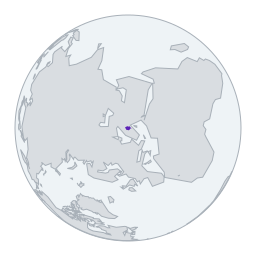 the Earth from above Kayseri, rotated 225°
{"feature_id": "TUR-2287", "entity_name": "Kayseri", "entity_type": "Province", "adm_level": 1, "iso_a3": "TUR", "parent_name": "Turkey", "parent_adm1": "", "projection": "orthographic", "projection_center": [35.883, 38.542], "detail": "fine", "context": "on_globe", "style": "filled", "palette": "violet", "viewbox_px": 256, "rotation_deg": 225, "n_neighbors": 0, "source": "natural_earth", "source_scale": "10m", "svg_char_len": 10605}
<svg xmlns="http://www.w3.org/2000/svg" viewBox="0 0 256 256"><g transform="rotate(225 128 128)"><circle cx="128" cy="128" r="113" fill="#eef3f6" stroke="#a8b0b8"/><path d="M103.2,18.1L105.2,17.7L107.6,17.2L117.6,16.7L130.9,16.9L135.6,16.7L134.1,17.2L143.6,16.9L151.1,18.1L142.2,17.1L141.0,17.2L146.0,18.0L145.8,18.4L148.1,19.1L147.4,19.6L142.3,19.3L141.8,19.7L145.3,20.2L146.9,21.3L141.8,20.4L144.0,22.2L135.8,22.6L122.6,20.8L117.6,22.4L103.0,24.6L103.9,25.3L99.0,26.9L98.2,28.3L95.7,28.6L97.2,29.6L99.7,29.1L101.1,29.4L100.9,30.3L97.7,30.7L97.3,30.3L96.3,30.9L94.7,30.7L95.4,31.3L91.5,31.9L94.9,32.7L91.5,34.3L89.1,34.3L89.9,32.5L86.1,29.0L83.9,29.0L79.9,30.5L71.2,36.8L68.5,37.7L64.5,40.2L65.7,40.4L69.3,38.5L70.6,39.7L74.9,37.6L76.0,37.9L80.2,36.7L78.9,38.9L75.5,41.8L71.9,43.0L70.3,44.5L73.2,45.1L66.1,49.5L60.7,56.2L58.9,57.3L56.3,55.6L57.6,50.7L54.3,49.7L55.8,52.6L51.4,55.6L50.4,57.2L50.2,58.5L51.7,58.2L50.0,59.9L47.9,57.4L49.4,55.8L50.0,56.6L50.6,54.4L49.1,53.2L47.0,55.1L47.1,52.2L45.6,53.6L44.7,53.9L47.1,51.8L42.8,55.7L42.5,54.7L40.7,56.8L46.2,50.6L52.1,44.7L58.5,39.4L65.2,34.5L72.3,30.1L79.7,26.2L87.3,23.0L95.2,20.2L103.2,18.1ZM18.6,101.3L18.3,102.3L18.2,102.7L18.6,101.3ZM17.9,104.3L16.1,115.1L15.8,125.0L15.7,130.4L15.6,131.8L15.9,135.1L15.9,136.7L18.9,149.5L21.9,159.0L22.8,164.3L22.2,166.1L23.8,170.9L20.9,162.9L18.6,154.7L16.9,146.4L15.8,138.0L15.4,129.6L15.6,121.1L16.4,112.6L17.9,104.3ZM107.6,17.2L108.7,17.0L105.3,17.7L104.5,17.8L107.6,17.2ZM115.5,16.2L113.9,16.4L112.5,16.5L113.9,16.3L115.5,16.2ZM139.1,16.6L136.4,16.4L139.1,16.5L139.1,16.6ZM148.5,19.1L149.3,19.1L150.2,19.5L148.5,19.1ZM80.6,35.6L80.4,36.2L79.7,36.1L80.6,35.6ZM82.6,34.7L82.0,34.2L82.8,33.7L83.2,34.0L82.6,34.7ZM150.0,20.7L151.1,21.5L149.0,20.6L150.0,20.7ZM83.2,35.4L84.4,32.9L86.0,32.0L88.6,32.5L83.2,35.4ZM151.1,21.9L153.9,24.0L155.9,24.1L151.7,25.4L150.8,23.0L147.9,21.8L150.3,22.2L151.1,21.9ZM100.5,28.5L97.9,29.1L100.3,27.9L100.5,28.5ZM101.7,27.7L106.9,23.9L110.6,23.8L108.1,25.0L113.1,24.3L112.4,26.0L109.4,26.8L107.2,26.5L108.6,27.4L101.7,27.7ZM148.9,25.8L148.8,26.4L147.9,25.8L148.9,25.8ZM101.9,29.4L102.6,28.6L105.9,28.3L105.1,30.0L104.3,29.5L101.9,29.4ZM114.8,23.3L117.1,23.5L117.1,24.9L118.0,25.2L112.7,26.0L114.8,23.3ZM103.4,30.0L104.5,30.8L102.8,31.8L101.4,30.2L103.4,30.0ZM107.1,27.6L108.6,27.6L107.5,28.1L107.1,27.6ZM97.2,36.0L98.0,34.9L99.7,34.6L97.2,36.0ZM105.1,31.1L105.7,30.7L106.5,30.6L106.8,31.3L105.1,31.1ZM113.0,27.0L112.6,27.6L115.2,26.8L115.3,27.9L111.8,28.3L113.4,28.6L113.4,29.0L110.5,28.9L113.0,27.0ZM109.6,31.5L105.1,32.6L103.2,34.8L101.6,35.0L104.9,31.6L109.6,31.5ZM110.4,30.0L109.5,31.0L107.9,30.7L107.5,29.9L110.4,30.0ZM116.7,28.7L117.4,26.8L118.2,26.8L116.7,28.7ZM109.4,32.2L110.4,31.9L109.4,32.4L109.4,32.2ZM114.8,29.8L115.0,29.1L115.8,29.1L114.8,29.8ZM112.5,32.1L111.0,32.4L110.7,31.8L112.5,32.1ZM113.8,31.0L114.9,31.3L111.5,31.4L113.7,30.7L113.8,31.0ZM115.6,29.9L116.1,29.7L115.4,30.2L115.6,29.9ZM114.6,34.3L110.3,34.6L109.6,33.2L113.8,33.1L114.6,34.3ZM45.4,164.5L40.4,146.0L43.6,141.7L44.7,134.5L67.1,119.0L71.2,122.4L88.2,124.5L90.2,126.1L87.6,131.6L99.9,141.6L104.6,137.3L116.3,142.6L124.4,142.8L128.4,131.7L115.0,131.1L113.3,125.4L124.5,121.1L136.3,121.9L136.0,119.7L129.1,114.8L132.3,110.8L126.7,112.8L128.6,115.1L125.2,116.5L123.3,114.6L124.5,113.2L121.1,112.1L116.2,119.5L117.5,122.7L108.3,123.2L109.7,128.6L107.0,130.7L103.6,122.4L104.3,119.6L97.6,110.1L96.0,113.0L102.3,122.3L100.1,121.4L98.0,125.8L97.8,121.6L91.5,111.1L83.5,110.9L72.3,119.7L67.9,119.0L64.5,115.0L69.5,104.0L79.0,106.9L80.8,103.5L79.7,97.1L82.7,98.7L83.4,96.5L87.1,97.4L93.0,93.6L96.8,94.1L99.9,87.9L102.3,87.4L99.8,91.1L100.1,94.1L109.7,95.5L111.8,94.4L113.0,90.4L115.5,91.5L115.5,87.4L121.4,86.5L114.2,84.4L115.4,80.0L119.4,77.1L118.5,75.4L112.0,80.2L110.6,82.6L111.5,85.1L106.5,91.7L103.0,92.3L103.3,84.3L98.5,84.4L100.8,78.5L116.8,68.5L123.1,67.0L131.9,73.4L130.0,76.0L125.9,74.9L129.0,79.8L129.1,77.6L131.1,78.6L132.9,75.1L134.4,75.7L133.4,71.4L135.5,71.8L136.1,74.4L140.4,69.9L145.0,69.9L145.2,68.6L144.2,67.3L150.7,68.3L150.5,67.4L148.4,66.6L146.8,64.3L146.4,60.7L148.7,61.2L149.1,62.6L153.4,66.5L154.2,70.3L155.1,70.2L154.9,67.0L149.7,62.3L148.8,60.0L151.6,61.9L150.5,61.0L150.8,60.0L153.2,59.7L150.3,57.5L150.3,47.4L155.0,46.1L157.4,48.7L159.9,43.1L164.9,42.6L162.9,41.9L162.7,39.1L161.1,39.2L160.1,38.6L158.9,32.2L160.4,31.4L157.6,28.3L156.6,28.0L155.3,28.4L151.7,25.4L155.9,24.1L158.0,24.8L159.3,23.8L163.9,25.8L168.3,27.1L172.8,30.3L175.9,31.3L176.0,30.8L180.3,32.1L188.8,36.8L181.4,35.1L168.6,29.6L173.8,31.9L172.5,32.1L174.2,33.4L177.9,35.1L178.4,34.8L183.6,42.3L192.2,49.6L191.9,46.6L194.5,46.9L204.0,53.9L214.6,70.1L218.0,71.7L220.0,74.1L220.9,77.6L218.1,74.2L216.6,74.8L214.8,72.4L215.4,77.3L212.8,74.2L214.5,79.7L216.8,81.2L217.2,77.8L219.7,84.3L223.6,85.9L227.0,90.9L230.3,105.1L229.3,112.9L229.8,114.9L227.9,114.9L227.6,120.8L233.0,127.0L233.7,129.9L232.2,139.4L231.7,137.4L226.7,137.3L227.4,144.9L231.3,146.7L232.7,151.9L230.4,152.8L228.8,148.4L227.0,148.2L226.3,141.9L222.5,134.6L220.1,139.1L219.2,135.4L213.6,130.5L209.6,136.7L203.9,152.1L204.9,161.8L202.1,167.7L194.1,157.1L190.8,148.3L187.7,150.6L179.6,144.8L165.2,148.6L163.3,146.3L160.5,148.2L154.8,146.6L151.9,142.6L148.4,143.4L156.2,153.8L160.0,152.9L163.3,147.7L164.7,151.6L170.3,153.9L163.7,165.1L142.5,176.6L140.7,169.3L125.8,148.5L126.4,146.0L126.4,145.7L126.2,145.2L124.6,149.3L122.1,144.9L129.8,160.1L131.0,166.4L142.2,177.1L141.1,178.3L144.8,180.3L156.9,175.9L157.0,178.3L151.1,190.0L134.5,205.0L136.9,213.2L135.9,219.7L126.0,223.9L127.2,228.1L122.1,229.4L122.1,231.5L118.2,233.3L111.6,234.5L100.0,232.8L98.9,231.2L92.6,226.6L83.7,214.6L86.3,209.9L85.1,205.2L76.7,192.2L78.5,186.2L76.4,182.8L71.9,182.1L69.4,177.8L66.7,176.8L50.2,171.8L45.4,164.5ZM58.8,129.3L58.0,131.4L58.8,129.3ZM148.6,128.4L155.8,127.9L152.9,121.1L155.5,120.4L153.6,118.5L152.7,120.6L148.1,115.1L151.4,112.6L150.7,109.6L148.3,109.6L143.0,115.2L149.5,122.9L147.7,126.1L148.6,128.4ZM18.3,102.5L17.9,104.3L18.1,103.1L18.3,102.5ZM23.9,85.1L23.2,87.2L23.6,85.8L23.9,85.1ZM25.7,80.8L24.5,83.6L24.8,82.8L25.7,80.8ZM35.2,64.2L35.4,63.9L36.1,62.8L35.2,64.2ZM51.5,55.8L51.6,56.0L51.1,57.5L50.6,57.2L51.5,55.8ZM53.4,62.3L50.7,64.8L52.3,62.7L51.0,62.6L52.8,58.3L58.1,57.6L55.4,58.6L53.4,62.3ZM56.6,52.7L54.9,55.3L56.6,52.5L56.6,52.7ZM83.7,84.8L84.7,86.7L82.9,88.8L78.0,89.0L80.6,85.8L83.7,84.8ZM86.5,88.9L88.1,81.4L91.2,81.2L89.2,82.5L91.1,83.2L88.3,85.5L89.7,93.0L88.2,95.5L80.0,93.9L83.5,93.0L82.4,91.1L86.5,88.9ZM86.9,64.8L87.6,62.2L93.3,65.1L92.0,67.2L87.1,67.3L85.8,64.9L86.9,64.8ZM87.7,36.9L87.6,36.2L88.5,36.0L89.3,36.5L87.7,36.9ZM97.4,35.5L89.0,40.1L88.5,39.4L84.1,43.3L81.1,43.1L84.0,40.6L78.4,43.5L79.8,41.1L76.2,43.4L82.9,37.7L84.0,36.0L84.0,38.0L86.8,38.1L88.3,37.7L93.3,35.1L96.9,31.6L100.2,31.5L101.6,32.3L101.3,33.1L99.2,32.9L100.2,34.1L97.0,34.5L97.4,35.5ZM116.1,45.5L113.8,44.3L115.3,48.0L112.1,47.9L112.5,48.3L109.9,49.3L107.4,51.4L106.0,51.0L105.6,52.0L103.9,52.8L102.9,54.0L100.1,53.9L98.7,55.4L98.2,54.5L96.5,57.3L96.5,55.2L94.3,56.2L95.4,57.7L82.7,55.1L77.3,56.0L72.8,58.1L73.4,54.5L78.0,50.4L84.3,46.9L89.4,46.6L88.8,45.2L91.0,44.7L90.6,46.0L92.6,43.7L94.3,43.7L99.9,41.3L101.7,38.3L103.8,37.5L104.0,38.7L106.0,37.0L107.7,38.8L109.2,38.3L112.5,39.7L111.9,42.5L113.7,41.8L116.2,43.0L116.1,45.5ZM115.4,34.8L115.4,37.9L113.7,39.4L108.8,36.4L107.1,36.6L103.9,35.0L106.5,32.8L107.2,33.5L108.5,33.6L107.1,34.2L109.1,33.8L110.1,34.7L112.0,34.7L111.5,35.7L115.4,34.8ZM92.9,124.3L94.6,124.9L97.2,125.2L95.9,128.1L92.9,124.3ZM88.4,117.2L90.0,117.1L89.4,121.2L87.7,120.6L88.4,117.2ZM91.3,113.8L90.1,116.8L89.7,114.9L91.3,113.8ZM101.3,90.9L102.9,90.8L102.9,91.7L101.8,93.0L101.3,90.9ZM119.7,57.4L118.7,56.2L119.3,55.8L119.3,52.7L121.7,52.7L122.7,54.6L119.7,57.4ZM125.9,133.6L123.3,135.7L122.2,134.6L123.3,134.1L125.9,133.6ZM108.7,132.3L112.4,134.1L108.3,133.1L108.7,132.3ZM122.3,56.8L122.0,55.5L123.4,56.4L122.3,56.8ZM123.4,52.6L125.1,53.2L122.0,52.3L123.4,52.6ZM155.4,216.7L147.9,227.6L142.5,228.2L141.4,225.6L144.1,219.2L150.3,216.7L153.4,213.2L155.4,216.7ZM238.5,149.9L237.8,152.8L238.1,151.6L238.5,149.7L238.5,149.9ZM237.7,153.1L234.4,160.9L232.7,162.9L233.4,160.7L236.0,156.1L237.7,153.1ZM233.3,160.9L230.4,161.4L224.5,155.1L226.7,153.2L232.4,154.2L232.1,155.9L233.8,156.4L233.3,160.9ZM239.1,141.7L238.7,146.0L237.2,150.1L236.3,151.4L235.8,147.8L236.1,144.5L236.9,143.0L238.5,128.0L239.4,127.9L239.2,133.5L239.8,135.0L239.1,141.7ZM205.5,162.5L208.2,166.7L206.5,168.7L205.5,162.5ZM238.1,119.3L238.2,125.7L237.7,118.3L238.1,119.3ZM237.2,113.1L237.7,114.9L237.0,114.1L237.2,113.1ZM230.8,117.6L230.0,119.7L229.5,118.4L230.1,114.9L230.8,117.6ZM229.5,95.2L231.5,99.2L232.0,100.9L230.7,99.3L229.5,95.2ZM142.3,56.5L139.7,60.7L139.4,64.1L141.7,66.4L137.3,65.1L137.8,59.9L142.3,56.5ZM149.1,48.4L147.1,46.7L148.6,46.4L149.3,46.8L149.1,48.4ZM147.4,48.0L143.5,47.9L142.8,46.3L146.0,46.7L147.4,48.0ZM132.9,52.0L132.0,53.2L130.9,52.4L132.9,52.0ZM240.0,139.8L240.1,138.0L239.6,143.1L239.4,144.2L239.6,141.0L240.0,135.2L240.2,132.1L240.6,126.6L240.1,134.6L240.2,136.2L240.5,132.1L240.2,136.3L240.2,137.9L240.0,139.8ZM240.1,120.0L239.5,118.7L239.5,121.8L239.0,113.6L239.7,116.2L240.1,120.0ZM238.8,114.6L238.8,117.4L238.4,113.0L238.8,114.6ZM238.5,116.7L238.0,114.6L238.2,113.6L238.5,116.7ZM238.9,113.8L237.9,109.7L238.6,111.2L238.9,113.8ZM236.4,110.2L237.9,111.0L236.9,113.1L234.4,106.0L234.6,104.3L236.4,110.2ZM222.0,73.1L220.6,71.5L220.1,69.7L221.3,71.3L222.0,73.1ZM217.2,63.0L219.5,68.7L221.1,73.7L221.8,73.6L224.2,77.5L222.0,76.0L219.1,70.2L218.3,67.1L216.0,64.1L214.0,60.6L211.0,57.8L209.5,55.7L211.9,57.3L217.2,63.0ZM209.7,56.8L203.8,51.5L203.9,49.7L205.2,50.4L207.9,53.5L207.7,54.3L209.7,56.8ZM202.4,49.8L202.1,50.5L192.8,45.9L190.8,44.6L198.0,46.7L198.1,47.6L200.4,49.2L202.4,49.8ZM150.0,26.5L148.9,26.4L149.7,26.1L150.0,26.5ZM159.3,38.7L158.1,37.9L159.0,37.5L159.3,38.7ZM155.2,35.6L155.0,36.6L154.3,35.3L155.2,35.6ZM154.8,39.1L154.5,36.9L156.1,39.4L154.8,39.1Z" fill="#d9dde1" stroke="#a8b0b8" stroke-width="1"/><path d="M126.9,129.4L127.0,129.3L127.0,129.2L127.0,128.9L127.0,128.7L126.7,128.7L126.5,128.3L126.6,128.2L126.8,127.9L126.7,127.8L126.8,127.7L126.6,127.5L126.6,127.4L126.7,127.2L127.0,127.1L127.3,126.9L127.8,126.6L127.9,126.4L128.0,126.4L128.1,126.5L128.3,126.7L128.5,126.7L128.9,126.7L128.9,126.8L129.0,126.8L129.2,126.7L129.3,126.7L129.4,126.8L129.6,126.8L129.6,127.0L129.5,127.3L129.4,127.5L129.3,127.8L129.2,128.0L129.1,128.3L128.9,128.4L128.8,128.2L128.7,128.1L128.4,128.3L128.3,128.5L128.2,128.6L128.1,128.8L127.6,129.2L127.6,129.5L127.3,129.5L127.2,129.4L126.9,129.4Z" fill="#8b5cf6" stroke="#5b21b6" stroke-width="1.5"/></g></svg>